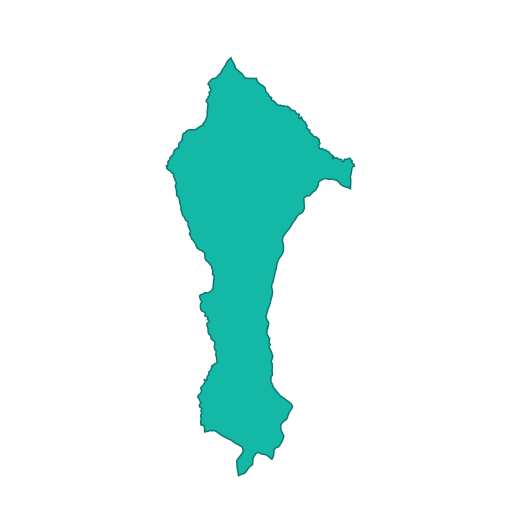 outline of Bochalema, Norte de Santander, Colombia, rotated 151°
{"feature_id": "7082276B10229211871917", "entity_name": "Bochalema", "entity_type": "district", "adm_level": 2, "iso_a3": "COL", "parent_name": "Colombia", "parent_adm1": "Norte de Santander", "projection": "mercator", "projection_center": [-72.657, 7.644], "detail": "fine", "context": "isolated", "style": "filled", "palette": "teal", "viewbox_px": 512, "rotation_deg": 151, "n_neighbors": 0, "source": "geoboundaries", "source_scale": "gbopen_adm2", "svg_char_len": 6128}
<svg xmlns="http://www.w3.org/2000/svg" viewBox="0 0 512 512"><g transform="rotate(151 256 256)"><path d="M126.3,286.9L125.9,288.5L126.6,290.3L126.7,291.5L125.8,292.5L126.4,293.6L126.3,295.6L127.1,296.3L129.8,296.5L131.6,297.6L132.2,297.5L132.9,296.4L133.4,296.2L134.5,296.5L134.6,299.1L136.3,300.2L137.0,301.1L137.6,302.6L139.8,303.8L140.9,303.4L141.6,303.8L141.6,304.7L140.0,305.3L139.8,305.5L140.7,306.4L140.6,307.4L141.6,309.5L141.7,311.7L143.0,312.8L143.1,314.4L144.1,315.0L146.4,318.1L147.9,318.8L148.3,319.4L147.6,322.5L145.8,323.1L145.3,323.7L145.4,325.5L145.0,325.7L144.2,327.6L145.2,329.0L145.3,330.7L146.6,331.5L147.8,333.4L148.2,334.4L147.8,335.5L149.1,337.7L149.0,338.4L147.9,340.0L148.8,340.9L149.7,343.6L148.2,345.0L148.1,349.2L149.2,351.7L149.2,353.5L148.8,355.1L148.9,355.5L149.5,355.8L149.8,355.6L150.3,354.7L150.6,354.6L151.9,356.1L151.2,357.2L149.6,358.4L149.6,359.0L150.2,359.8L151.3,360.3L151.6,361.0L151.5,362.8L151.8,364.4L154.0,366.1L154.7,368.2L154.7,369.0L155.8,371.6L157.9,372.7L159.0,374.0L160.9,375.1L161.5,376.1L162.8,376.6L163.7,377.5L164.2,378.6L164.5,380.7L165.3,382.1L165.1,382.6L165.4,383.6L166.7,384.5L167.0,385.0L167.0,385.7L165.6,386.7L166.9,389.5L166.9,392.3L167.6,394.2L166.6,399.1L167.4,401.5L169.0,404.0L169.9,406.6L170.0,408.5L169.6,411.3L170.9,411.8L178.0,415.9L179.3,417.6L179.7,418.6L179.8,422.0L182.8,429.5L182.7,431.0L182.1,433.2L182.2,438.5L181.8,441.4L186.2,440.4L191.4,437.0L194.0,435.8L199.0,432.7L201.3,432.4L203.4,431.4L204.5,431.2L208.9,432.2L214.1,430.1L214.5,429.7L214.6,428.8L214.1,427.0L214.4,426.3L215.0,425.6L214.7,423.9L215.0,422.6L215.7,422.2L217.7,422.0L218.5,419.1L218.9,418.8L220.5,418.6L221.7,416.9L223.3,416.7L224.1,416.3L224.6,414.9L224.0,412.6L224.1,412.2L225.6,410.5L226.6,408.7L228.9,405.6L230.8,402.0L235.1,398.6L238.5,397.2L238.7,396.5L239.1,396.1L241.2,396.5L247.2,395.9L249.7,396.7L252.1,398.4L254.8,399.0L255.9,399.0L258.7,398.1L259.8,398.3L260.6,398.0L261.8,396.9L263.1,395.0L264.2,394.1L264.6,392.9L268.1,392.1L269.6,391.1L270.2,390.0L270.3,389.0L270.8,388.6L271.3,388.4L272.2,388.7L274.0,388.2L275.5,388.4L277.2,387.2L278.3,385.9L279.3,385.0L283.5,383.8L284.7,382.0L287.3,381.3L288.3,379.1L289.1,378.4L289.8,378.0L290.1,377.5L290.6,378.1L290.8,377.1L291.5,376.1L290.9,373.6L289.6,371.9L289.4,369.9L288.4,367.9L288.5,367.5L289.4,365.9L289.5,365.1L290.2,358.6L292.7,356.3L294.0,351.1L295.9,347.9L295.9,346.9L295.3,345.0L295.4,343.4L296.8,339.5L298.0,334.7L299.3,333.1L299.4,330.8L300.4,327.9L299.9,324.1L300.2,321.6L299.3,319.8L299.4,317.8L300.5,316.0L300.9,314.4L301.0,311.5L301.4,309.4L303.4,307.8L303.7,306.6L303.4,304.7L304.0,302.5L303.4,300.2L303.0,295.5L303.5,293.1L303.6,291.5L302.6,289.3L300.5,286.4L299.4,283.5L301.5,279.1L301.8,277.7L301.7,275.6L300.4,273.3L300.6,272.0L300.0,269.8L299.9,268.2L300.6,266.6L301.0,263.7L302.8,261.4L302.9,260.7L302.4,258.7L302.5,258.1L302.9,257.4L304.0,256.6L308.5,249.7L310.5,247.8L312.5,247.1L314.7,247.0L317.1,247.6L318.3,248.7L321.0,248.5L323.1,248.9L324.1,248.8L325.0,248.0L325.6,245.6L325.7,242.0L327.4,241.2L328.7,239.6L329.6,237.9L330.3,235.4L330.0,234.2L327.8,231.1L328.3,230.0L329.8,228.5L329.7,228.1L327.7,226.1L328.1,225.1L329.4,223.9L328.5,223.0L328.4,221.8L329.0,221.1L331.0,221.0L332.4,219.8L332.6,218.1L333.6,214.6L334.5,213.3L334.9,212.1L335.1,210.4L334.2,208.1L334.8,207.2L335.4,205.1L333.8,201.4L333.7,200.7L334.8,198.6L336.5,196.9L336.8,196.3L336.9,195.1L337.4,194.1L337.1,192.4L337.3,191.3L339.0,189.4L339.8,186.0L340.5,184.9L341.1,182.6L342.2,181.5L344.5,181.7L346.1,181.2L346.9,181.3L347.4,180.9L347.6,181.4L348.0,181.2L350.7,178.2L353.8,177.3L354.2,175.5L355.5,175.0L357.4,173.9L358.0,173.2L358.8,171.4L359.9,171.6L360.7,172.8L361.2,173.0L361.4,172.6L361.2,171.0L361.7,170.3L363.5,169.6L364.1,168.9L368.1,167.6L368.5,166.9L368.9,164.7L369.9,163.5L370.8,162.9L372.8,162.2L373.7,162.2L374.8,161.6L375.3,160.7L375.0,158.8L375.4,154.5L375.9,154.0L378.0,153.0L378.4,152.1L378.3,150.9L377.3,149.0L377.7,148.4L379.1,147.5L379.4,146.7L379.5,145.2L381.8,143.2L382.9,140.2L385.0,137.3L385.7,135.8L385.9,134.4L384.8,134.3L383.8,132.8L384.7,129.8L386.0,127.7L386.2,126.9L384.6,126.7L383.2,125.9L382.0,125.9L380.1,125.4L379.3,124.3L378.3,124.6L375.9,122.1L373.1,115.9L369.4,110.2L366.8,106.7L365.1,102.8L361.4,97.0L360.8,95.6L361.0,93.6L361.8,92.0L362.9,90.5L371.1,86.9L372.6,85.7L373.0,84.1L374.6,81.2L377.8,72.3L374.6,72.2L372.2,71.6L371.2,71.6L369.1,72.2L365.6,74.1L364.0,74.7L360.0,75.4L356.5,80.7L353.8,82.3L351.4,83.3L350.2,83.4L348.6,82.5L347.3,80.2L345.9,79.3L343.0,76.6L340.8,70.7L340.2,70.6L338.1,72.3L336.1,74.7L334.1,77.9L331.0,78.7L330.1,78.6L329.2,78.0L326.7,79.1L323.0,81.3L319.0,84.8L318.7,90.1L318.1,92.7L317.0,95.1L316.3,95.9L314.8,97.1L313.7,97.6L308.0,98.6L304.0,102.2L302.2,103.5L298.5,105.4L297.1,106.5L296.9,107.3L297.0,109.8L297.7,111.9L302.8,122.8L304.5,132.7L303.9,136.0L303.9,138.2L303.7,139.3L302.5,141.0L302.1,142.4L300.5,143.5L299.5,143.7L298.8,144.8L297.3,148.5L295.4,151.1L294.9,152.5L293.9,154.0L294.1,154.3L294.1,156.2L292.0,157.9L291.3,159.2L291.0,159.1L291.1,158.5L289.7,160.7L288.8,166.9L288.9,169.7L288.0,171.0L287.2,171.0L286.8,171.4L286.4,172.3L286.8,173.7L284.1,177.1L284.6,177.2L284.2,179.0L284.3,183.5L282.9,184.7L280.5,188.3L280.2,188.6L280.2,187.8L277.3,191.1L277.3,196.5L276.7,198.1L271.4,203.6L267.6,206.8L267.1,207.6L266.0,208.1L265.4,209.3L261.1,213.6L258.9,216.6L257.2,221.7L256.2,223.1L254.8,224.4L253.4,225.3L248.3,231.3L244.5,235.1L241.2,239.3L239.0,241.3L237.0,242.6L233.1,244.4L230.9,245.9L229.5,247.3L227.0,251.5L226.0,255.0L225.2,256.9L224.1,258.7L223.0,259.7L218.2,262.1L213.9,263.7L207.1,267.5L203.2,269.3L200.0,271.2L198.1,271.5L194.6,271.6L193.2,272.1L191.0,273.9L190.1,275.0L188.2,279.3L186.3,282.9L185.7,283.5L182.6,284.1L181.6,283.7L180.3,282.7L175.1,284.4L171.9,284.7L167.2,287.6L166.6,288.7L164.9,290.6L159.1,290.7L157.6,290.1L155.5,288.0L151.7,286.1L151.1,285.2L148.9,283.3L148.4,282.4L147.6,279.9L147.5,278.4L146.3,275.5L143.8,272.5L141.6,270.8L141.6,270.1L140.8,269.0L137.8,273.9L135.8,277.5L135.3,279.2L131.8,283.2L130.1,285.6L128.2,287.1L127.3,287.2L126.3,286.9Z" fill="#14b8a6" stroke="#0f766e" stroke-width="1.5"/></g></svg>